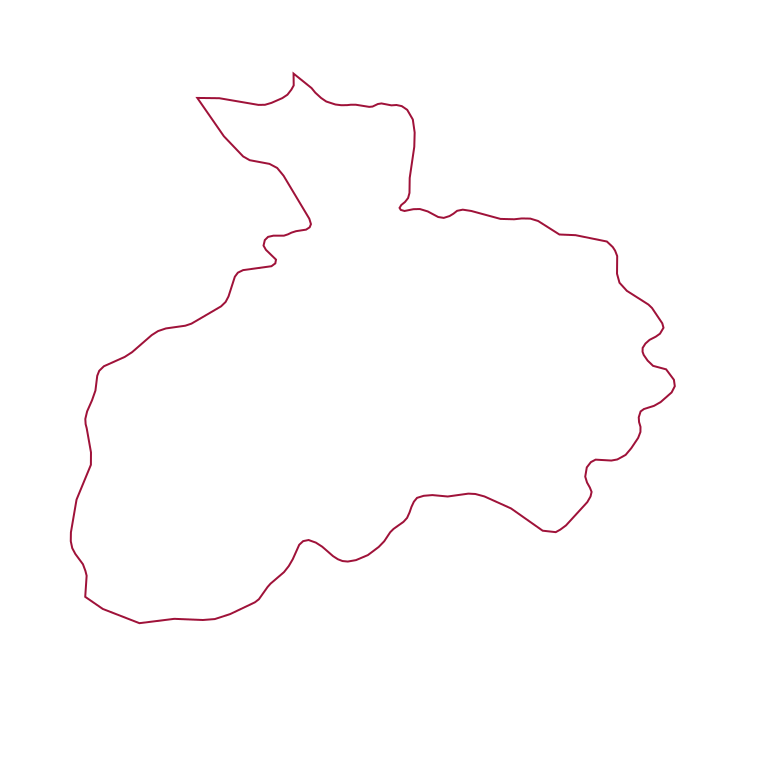 an SVG outline of Mures, rotated 192°
{"feature_id": "ROU-299", "entity_name": "Mures", "entity_type": "County", "adm_level": 1, "iso_a3": "ROU", "parent_name": "Romania", "parent_adm1": "", "projection": "natural_earth1", "projection_center": [24.648, 46.583], "detail": "fine", "context": "isolated", "style": "outline", "palette": "rose", "viewbox_px": 768, "rotation_deg": 192, "n_neighbors": 0, "source": "natural_earth", "source_scale": "10m", "svg_char_len": 2588}
<svg xmlns="http://www.w3.org/2000/svg" viewBox="0 0 768 768"><g transform="rotate(192 384 384)"><path d="M111.1,457.0L101.3,448.4L99.1,442.3L100.9,435.6L109.6,423.9L115.3,418.8L124.5,413.6L127.3,410.5L127.9,404.4L126.6,399.8L124.2,395.4L123.2,390.4L124.2,384.1L128.8,372.6L132.9,364.9L140.1,358.7L145.7,356.4L161.3,354.0L165.4,350.6L168.3,344.6L167.9,335.2L164.9,329.8L161.1,325.5L158.5,321.6L158.6,316.9L160.6,310.7L176.6,283.5L181.3,278.2L185.2,274.8L198.3,273.5L233.9,288.7L262.4,294.9L271.8,295.4L278.7,294.3L298.3,287.2L313.6,285.4L321.9,282.9L328.0,279.5L330.3,275.1L331.6,269.5L332.3,263.7L333.6,257.8L336.3,253.2L344.5,244.3L347.1,240.3L351.1,230.2L355.3,223.5L364.2,213.3L374.8,205.9L382.5,202.8L387.8,202.2L392.7,203.0L398.0,205.0L410.6,212.0L417.7,214.7L425.4,215.7L430.4,213.5L433.5,209.1L436.8,193.7L439.3,186.1L442.7,179.2L453.5,165.1L455.7,161.2L461.6,147.5L464.9,143.6L486.6,127.0L500.6,118.9L512.1,115.5L540.3,110.7L573.5,99.2L612.3,105.5L632.0,113.7L635.0,134.6L637.2,139.1L641.0,145.1L650.6,153.6L654.8,158.6L657.7,165.1L659.4,173.8L660.7,207.0L653.9,244.0L656.4,256.2L665.6,278.9L667.5,282.7L668.9,287.7L668.7,295.5L666.2,307.4L664.9,317.6L666.2,332.4L665.3,337.7L661.7,343.1L643.2,356.6L637.0,362.8L621.4,383.5L616.0,388.8L608.9,393.0L590.5,399.7L584.9,403.0L559.5,426.1L556.0,431.3L554.3,437.3L552.2,457.9L550.1,462.5L545.5,466.1L518.6,475.8L515.4,479.4L515.5,483.2L527.4,490.7L530.6,494.3L530.5,500.0L528.0,503.8L523.0,506.1L512.7,508.3L509.1,510.4L506.0,512.8L501.8,515.2L492.3,518.8L489.3,521.8L488.7,525.2L491.4,530.1L525.5,566.8L533.4,573.1L541.8,575.5L561.9,575.0L569.1,577.3L592.1,593.0L626.1,625.0L604.5,629.3L564.8,630.9L558.4,632.4L552.5,635.6L542.9,642.5L538.6,646.9L535.8,652.7L534.4,657.3L537.0,668.8L516.4,658.4L511.8,654.7L505.0,650.7L499.2,648.3L489.6,647.3L483.8,647.8L478.1,649.1L474.4,650.3L469.6,651.3L456.1,652.0L452.9,653.0L448.2,656.6L444.8,657.9L434.7,658.1L429.8,659.5L424.4,659.5L418.3,657.0L410.8,648.7L406.3,636.4L403.7,622.3L401.7,590.9L398.8,576.2L399.1,570.9L401.3,566.4L404.3,562.7L405.4,559.5L403.8,557.8L399.9,557.5L391.6,561.1L385.3,562.6L377.1,561.9L365.7,558.6L360.1,558.9L354.8,561.9L351.5,565.0L348.5,568.6L343.2,570.9L334.6,571.4L304.4,569.7L290.9,572.2L283.6,574.6L275.3,576.2L267.2,575.5L243.5,566.7L227.6,569.4L195.6,569.7L188.7,565.5L185.7,562.5L182.5,557.6L179.0,540.3L174.7,532.0L165.8,525.6L141.9,516.7L137.7,514.1L124.4,501.2L122.3,497.1L124.5,490.6L128.0,486.8L133.4,482.4L136.7,477.9L138.5,473.1L137.8,469.3L136.0,466.4L131.0,461.7L124.6,457.7L111.1,457.0Z" fill="none" stroke="#9f1239" stroke-width="2"/></g></svg>